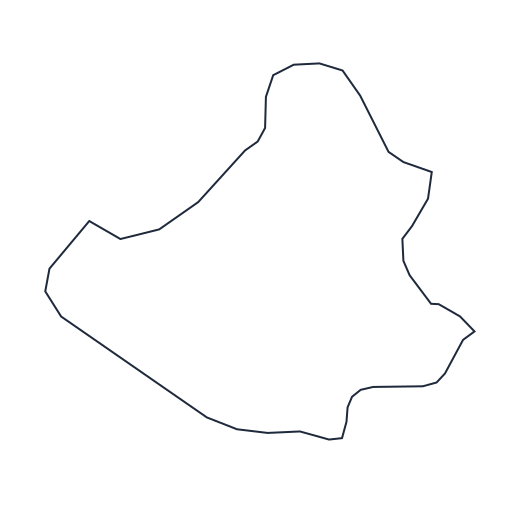 the Province of Siquijor, rotated 356°
{"feature_id": "PHL-2517", "entity_name": "Siquijor", "entity_type": "Province", "adm_level": 1, "iso_a3": "PHL", "parent_name": "Philippines", "parent_adm1": "", "projection": "robinson", "projection_center": [123.634, 9.196], "detail": "fine", "context": "isolated", "style": "outline", "palette": "slate", "viewbox_px": 512, "rotation_deg": 356, "n_neighbors": 0, "source": "natural_earth", "source_scale": "10m", "svg_char_len": 685}
<svg xmlns="http://www.w3.org/2000/svg" viewBox="0 0 512 512"><g transform="rotate(356 256 256)"><path d="M427.3,315.9L434.9,316.8L455.3,330.5L468.7,346.5L456.7,354.1L436.3,386.4L427.3,394.8L413.3,397.6L363.7,394.8L351.1,396.8L342.0,403.1L336.8,413.4L334.7,427.7L329.1,443.7L316.1,444.2L287.6,434.1L255.2,433.3L224.9,427.5L195.7,413.6L57.4,302.8L43.3,276.6L49.1,254.2L92.1,209.5L121.9,229.6L161.3,222.7L202.1,198.2L252.5,149.9L265.7,141.9L274.0,128.9L277.0,97.9L285.8,76.8L307.0,67.8L332.7,68.3L355.3,77.0L371.1,103.3L395.5,161.4L409.6,172.6L437.2,184.5L431.6,210.8L413.7,237.1L403.2,249.1L402.7,271.1L407.9,285.9L427.3,315.9Z" fill="none" stroke="#1e293b" stroke-width="2"/></g></svg>